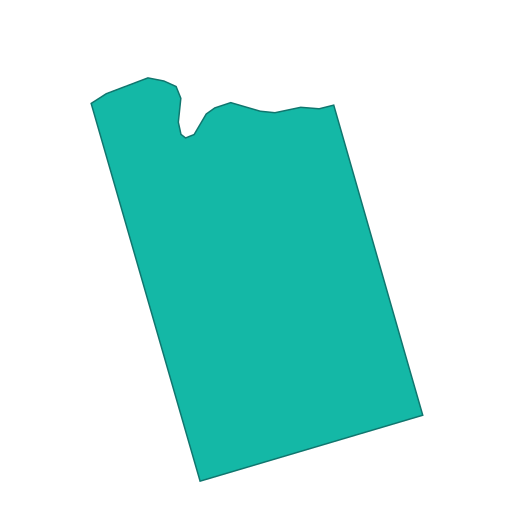 Potter, South Dakota, United States of America, rotated 74°
{"feature_id": "52423323B36213631137134", "entity_name": "Potter", "entity_type": "district", "adm_level": 2, "iso_a3": "USA", "parent_name": "United States of America", "parent_adm1": "South Dakota", "projection": "orthographic", "projection_center": [-100.174, 45.072], "detail": "fine", "context": "isolated", "style": "filled", "palette": "teal", "viewbox_px": 512, "rotation_deg": 74, "n_neighbors": 0, "source": "geoboundaries", "source_scale": "gbopen_adm2", "svg_char_len": 440}
<svg xmlns="http://www.w3.org/2000/svg" viewBox="0 0 512 512"><g transform="rotate(74 256 256)"><path d="M457.0,371.8L455.0,139.6L391.3,139.7L132.4,139.7L131.9,154.7L125.4,172.0L123.5,198.3L118.0,212.0L101.6,238.0L102.3,254.8L105.8,264.7L122.2,282.0L123.1,291.2L118.4,294.6L106.0,293.8L83.7,284.8L71.1,286.1L62.4,296.3L55.0,310.8L58.7,355.1L63.9,372.4L409.0,371.9L457.0,371.8Z" fill="#14b8a6" stroke="#0f766e" stroke-width="1.5"/></g></svg>